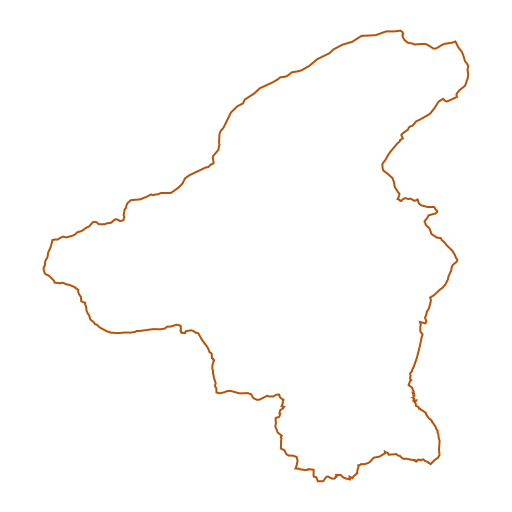 Viseu De Jos, Maramures, Romania
{"feature_id": "2599482B83061776442061", "entity_name": "Viseu De Jos", "entity_type": "district", "adm_level": 2, "iso_a3": "ROU", "parent_name": "Romania", "parent_adm1": "Maramures", "projection": "natural_earth1", "projection_center": [24.351, 47.741], "detail": "fine", "context": "isolated", "style": "outline", "palette": "amber", "viewbox_px": 512, "rotation_deg": 0, "n_neighbors": 0, "source": "geoboundaries", "source_scale": "gbopen_adm2", "svg_char_len": 6010}
<svg xmlns="http://www.w3.org/2000/svg" viewBox="0 0 512 512"><path d="M430.6,464.2L434.4,460.2L438.1,457.6L439.5,454.9L439.0,449.5L439.6,440.7L438.7,437.9L438.3,434.0L437.4,432.1L437.7,430.7L436.2,428.8L435.2,425.9L434.4,425.2L433.0,422.8L432.3,422.5L432.1,421.2L431.1,420.5L430.8,419.6L429.2,418.7L426.0,414.2L425.9,413.1L423.7,411.3L420.4,409.4L420.2,408.8L418.9,408.6L418.8,407.6L418.2,406.8L415.9,405.8L415.7,403.8L414.7,401.8L413.9,401.3L416.2,400.7L416.4,400.3L414.4,400.3L413.6,399.8L413.7,398.3L413.3,398.0L413.8,398.0L413.4,397.0L413.6,395.7L413.1,393.8L414.1,394.6L413.4,390.7L412.7,389.9L412.6,388.7L411.7,387.3L408.6,385.1L410.4,380.2L411.1,380.1L410.0,378.3L410.5,376.0L410.1,374.1L410.3,373.1L412.2,371.0L412.2,369.7L413.8,366.7L416.9,357.7L420.1,345.1L421.6,337.2L422.5,334.8L422.3,333.7L421.4,333.1L420.3,331.1L420.3,326.4L420.8,324.8L420.0,322.0L425.4,323.4L426.4,321.4L425.0,317.7L426.4,314.5L426.7,311.9L428.9,308.5L430.4,303.0L430.9,300.2L430.5,299.4L430.6,298.2L430.1,297.5L434.0,295.2L440.4,289.2L441.9,288.3L445.2,284.8L447.9,279.5L448.5,276.3L451.2,270.5L451.7,267.2L452.4,265.6L453.1,264.6L456.6,261.8L457.3,260.2L457.0,259.0L456.1,258.1L454.8,254.8L452.2,250.6L446.4,245.0L444.3,242.1L441.8,240.1L440.8,238.1L436.7,237.5L432.0,234.4L431.2,233.6L430.9,232.0L429.2,228.1L425.7,224.9L425.4,223.2L424.5,221.7L424.6,221.2L427.4,217.8L428.5,215.4L435.5,213.5L437.0,212.0L437.0,210.7L435.6,209.5L434.4,207.3L433.7,207.0L428.0,207.1L421.2,205.3L419.9,204.4L418.5,202.6L417.6,199.5L414.5,200.9L410.6,198.6L408.5,199.0L405.0,198.1L402.3,199.7L401.4,200.9L400.7,201.0L400.1,200.9L399.5,199.7L397.6,199.2L399.1,196.0L399.4,193.6L398.2,192.5L395.1,187.5L394.4,185.5L394.1,182.4L392.4,178.0L387.3,173.5L383.5,170.7L382.8,169.3L382.3,164.5L382.9,163.1L385.7,159.5L388.3,154.7L390.4,151.7L397.2,143.6L399.7,141.4L400.1,140.1L402.8,138.4L401.3,134.9L402.6,133.4L408.1,129.5L408.7,127.6L409.9,126.6L412.6,125.6L416.3,121.2L419.3,119.9L429.2,114.3L430.8,112.8L434.5,108.1L438.5,101.7L443.1,98.8L444.8,100.7L447.0,101.5L456.9,97.0L456.5,94.3L456.8,93.4L459.8,89.9L465.1,85.8L467.7,78.1L468.2,74.7L467.5,69.6L468.3,66.3L467.5,64.4L464.9,60.9L463.3,55.4L461.9,52.0L458.3,47.3L455.4,41.5L452.0,42.7L444.9,43.8L442.0,44.9L437.1,47.9L435.0,48.7L433.2,48.4L427.2,44.6L424.4,43.8L414.4,44.5L412.6,43.6L407.7,42.7L404.4,39.9L402.5,36.3L402.8,35.2L402.4,34.7L403.2,33.6L402.3,31.9L400.4,30.7L394.0,31.4L386.2,31.4L375.5,35.2L361.4,35.9L352.2,41.8L342.7,44.6L333.3,49.5L329.5,53.2L317.3,59.1L309.3,65.9L301.6,70.2L298.5,71.2L291.9,72.3L287.5,75.8L284.6,76.8L280.3,77.3L278.3,79.0L272.8,82.3L259.7,88.3L254.3,93.4L244.7,99.6L243.1,103.3L237.3,106.3L231.0,112.4L223.4,127.9L220.5,131.2L219.5,134.0L219.0,142.4L219.5,144.7L219.1,145.6L218.4,149.8L213.0,156.2L212.8,157.9L213.7,162.8L213.3,163.5L210.5,164.8L208.3,167.1L205.8,167.4L189.5,175.2L185.1,178.3L182.8,182.9L181.6,184.5L178.1,187.9L171.0,192.9L161.1,193.0L157.8,194.3L154.7,194.6L153.9,195.0L152.3,195.1L151.3,194.5L150.6,194.6L147.5,196.4L140.1,199.4L131.0,200.1L127.7,202.9L126.3,205.7L126.1,207.9L124.7,209.3L123.6,215.3L124.3,217.2L123.3,220.3L119.9,221.1L117.9,219.7L115.6,219.2L113.0,221.0L111.2,222.7L106.6,223.4L104.9,224.2L99.7,224.3L98.3,223.9L96.7,222.3L95.5,222.0L92.8,222.2L88.9,226.7L87.0,227.3L81.6,231.0L77.2,232.3L75.4,234.2L72.6,235.7L66.1,237.4L63.1,236.6L59.5,238.3L57.8,239.5L54.2,239.6L52.3,240.2L52.4,240.6L50.6,247.2L48.0,253.0L47.8,255.7L47.2,257.9L46.1,259.5L45.1,261.8L44.9,265.4L43.7,267.4L43.7,270.1L44.8,273.3L45.7,274.3L48.6,275.5L50.2,276.9L53.6,280.3L54.8,282.7L61.0,283.3L61.4,282.8L63.1,282.8L66.5,284.4L69.5,284.9L74.2,286.9L75.4,287.6L75.6,288.4L76.4,288.5L78.4,290.0L78.1,291.0L78.6,293.4L79.5,294.7L79.6,295.4L80.8,296.5L81.0,297.2L81.2,301.1L82.0,301.8L85.1,302.7L85.0,303.8L86.3,307.4L86.4,310.3L87.9,313.7L89.1,315.3L90.3,319.4L94.1,322.6L94.9,324.1L96.9,324.7L99.8,327.5L107.3,331.6L109.3,331.8L110.1,332.6L117.9,333.1L125.3,332.5L130.7,332.6L135.3,331.9L136.6,331.0L139.7,331.0L153.1,329.1L160.4,329.3L165.0,328.5L166.9,326.7L171.0,326.5L176.3,324.7L179.7,325.4L180.7,326.0L180.9,329.4L180.4,330.8L181.4,331.7L181.1,332.4L181.4,332.8L185.1,333.1L185.5,331.6L186.2,331.1L191.1,330.3L193.6,331.1L195.8,332.8L197.5,332.9L198.4,333.5L202.2,340.2L207.6,347.4L209.6,352.2L211.1,353.2L211.9,354.4L211.7,356.8L212.0,358.2L213.1,358.7L213.1,359.7L214.1,360.1L212.5,364.8L212.2,368.4L213.1,371.1L212.9,373.4L213.6,375.3L213.9,377.8L215.5,382.4L215.6,383.7L214.9,385.7L215.4,387.0L216.3,388.1L216.5,392.5L219.6,393.3L224.7,392.2L226.1,391.4L230.0,390.8L239.7,393.4L247.8,393.1L251.0,394.2L253.4,398.2L257.3,399.9L259.8,399.5L267.3,395.7L268.6,396.4L273.1,396.5L276.7,394.6L279.2,394.6L279.8,396.9L280.7,398.1L283.5,399.9L282.9,401.2L282.8,403.1L281.6,406.3L284.1,406.8L282.9,408.5L280.2,410.2L279.4,413.2L280.2,413.7L279.4,416.6L278.8,417.2L276.4,417.6L275.6,418.4L275.6,420.7L276.0,422.7L275.4,425.8L275.5,427.3L276.8,429.9L277.6,432.5L281.8,435.7L280.8,437.2L281.4,438.7L281.0,441.9L281.1,443.8L280.8,448.4L282.4,449.5L284.3,450.0L286.2,453.9L287.3,454.8L288.5,455.5L293.2,455.7L296.6,457.0L297.6,460.7L296.4,466.3L295.5,468.5L298.9,468.7L301.0,469.6L302.8,469.6L304.6,470.2L308.3,469.6L308.5,469.1L313.6,469.8L313.6,476.2L314.0,476.8L316.2,477.2L317.9,481.3L323.2,481.2L326.0,477.3L326.8,476.7L328.6,476.7L330.0,477.7L332.6,478.7L334.0,478.7L335.1,478.1L335.6,476.8L336.6,476.7L336.2,474.9L340.8,475.1L343.0,477.3L345.9,478.5L349.9,479.4L349.6,476.7L352.5,478.2L353.7,476.1L356.4,474.1L356.5,473.4L357.3,473.0L357.1,472.5L357.5,469.8L358.5,466.9L358.3,465.3L360.2,465.0L361.1,464.1L364.5,464.2L368.2,463.0L369.8,462.0L373.7,457.7L379.6,456.6L384.9,453.3L384.8,451.6L386.4,452.7L387.6,452.7L388.7,454.7L396.3,454.1L398.1,455.6L399.9,455.9L402.1,458.0L403.7,458.9L406.7,458.7L411.2,459.8L414.3,460.0L415.3,460.3L415.0,460.9L416.1,461.5L416.6,461.5L418.0,459.6L419.9,459.8L420.3,460.4L423.0,459.3L424.0,459.9L424.6,460.8L427.8,461.9L428.7,463.0L429.2,463.0L430.6,464.2Z" fill="none" stroke="#b45309" stroke-width="2"/></svg>